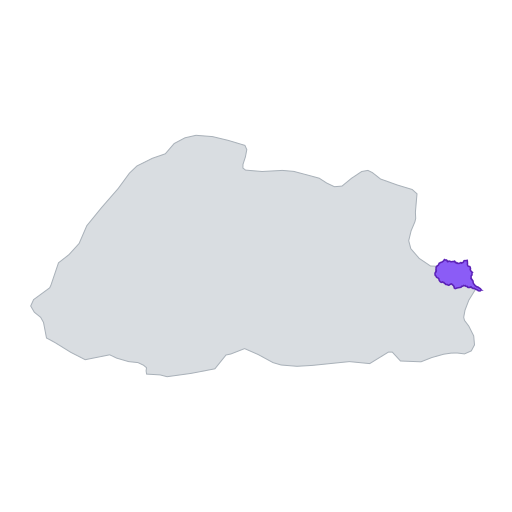 Sakteng, Tashigang, Bhutan shown in context
{"feature_id": "84629894B26708825657570", "entity_name": "Sakteng", "entity_type": "district", "adm_level": 2, "iso_a3": "BTN", "parent_name": "Bhutan", "parent_adm1": "Tashigang", "projection": "mercator", "projection_center": [91.93, 27.381], "detail": "fine", "context": "in_parent", "style": "filled", "palette": "violet", "viewbox_px": 512, "rotation_deg": 0, "n_neighbors": 0, "source": "geoboundaries", "source_scale": "gbopen_adm2", "svg_char_len": 6371}
<svg xmlns="http://www.w3.org/2000/svg" viewBox="0 0 512 512"><path d="M415.7,218.4L414.9,221.8L411.1,230.8L408.7,240.7L410.8,248.7L419.2,258.4L430.5,266.0L444.9,266.6L458.2,263.7L463.5,264.9L470.7,277.7L475.8,288.8L468.8,300.2L465.0,310.2L463.7,317.3L464.5,320.4L468.8,326.1L473.7,335.9L474.5,344.9L471.3,350.9L464.5,353.9L457.2,353.0L451.2,353.1L443.7,354.2L431.9,357.5L421.0,361.8L400.5,361.0L392.3,352.1L388.4,352.1L369.7,363.6L349.4,361.6L312.4,365.4L297.0,366.3L281.1,365.0L273.0,362.6L258.1,354.5L244.6,348.6L230.8,354.0L226.0,355.0L214.9,368.8L191.0,373.4L167.1,376.7L160.1,374.9L146.6,374.1L146.1,370.9L146.5,367.7L143.5,365.2L138.0,362.6L128.6,361.6L116.6,358.1L109.7,354.8L85.2,359.7L70.9,352.4L54.7,342.4L46.5,338.0L43.5,322.4L40.7,317.4L34.3,312.2L30.7,306.0L33.6,299.6L49.7,287.8L51.0,285.0L58.5,262.8L68.9,254.7L79.1,243.5L86.8,225.7L101.8,207.3L118.2,188.5L129.4,173.2L136.9,166.0L152.3,158.3L165.3,153.8L174.2,143.5L185.0,137.8L196.0,135.3L212.5,136.6L227.9,140.3L244.9,145.4L246.8,149.6L245.4,156.9L243.0,164.3L242.9,168.0L245.5,170.1L262.1,171.5L282.4,170.4L293.8,171.4L319.2,178.2L326.6,183.0L334.4,186.7L342.0,186.1L351.6,178.2L361.7,171.5L367.9,170.4L372.4,172.6L380.5,179.0L397.3,185.0L412.2,189.5L417.0,193.8L415.4,212.2L415.7,218.4Z" fill="#d9dde1" stroke="#a8b0b8" stroke-width="1"/><path d="M481.3,290.0L481.0,289.8L481.0,289.4L480.2,288.5L480.0,288.4L479.9,288.4L479.6,288.2L479.4,288.0L479.0,287.8L478.9,287.8L478.3,287.2L478.2,287.2L477.8,287.0L477.7,286.9L477.3,286.9L477.2,286.8L476.6,286.8L476.3,286.4L476.1,286.4L475.8,286.0L475.7,286.0L475.3,285.7L475.2,285.7L474.9,285.4L474.7,285.0L474.7,284.9L474.5,284.7L474.0,284.1L473.9,284.1L473.5,283.7L473.4,283.4L473.1,282.2L473.1,281.7L473.0,281.2L472.9,280.9L472.8,280.6L472.2,280.0L471.8,279.7L472.0,279.5L471.4,278.7L471.3,278.4L471.0,278.4L471.1,278.0L471.1,277.7L471.1,277.1L471.1,276.3L471.2,275.9L471.3,275.6L471.6,275.4L472.0,275.0L472.0,274.5L472.0,274.1L472.0,273.4L472.0,273.1L472.1,272.7L472.4,272.4L472.2,272.3L471.6,271.6L471.4,271.4L471.2,271.3L471.0,271.1L470.8,270.9L470.7,270.6L470.5,270.3L470.5,270.0L470.2,269.4L470.2,269.1L470.5,268.8L470.5,268.4L470.4,268.1L470.3,267.6L470.2,267.1L469.9,266.8L469.8,266.7L469.7,266.5L469.4,266.4L468.9,266.4L468.5,266.3L468.3,266.3L468.0,265.9L467.7,265.5L467.7,265.4L467.5,265.0L467.5,264.7L467.4,264.3L467.5,264.0L467.5,263.7L467.5,263.3L467.4,262.0L467.4,261.6L467.3,260.7L467.2,260.3L466.9,260.4L466.5,260.5L466.1,260.5L465.9,260.6L464.9,260.6L464.3,260.6L464.2,260.7L463.7,261.1L463.6,261.6L463.5,261.9L463.3,262.2L463.2,262.3L463.0,262.5L462.8,262.5L462.7,262.5L462.4,262.6L462.3,262.8L462.1,262.8L461.7,263.0L461.7,262.9L460.9,262.5L460.6,262.8L460.2,263.0L459.8,263.0L459.5,263.3L459.4,263.4L458.8,263.3L458.6,263.4L458.4,263.5L457.9,263.4L457.7,263.3L457.5,263.1L457.4,263.3L457.1,263.4L456.8,263.2L456.5,263.0L456.4,263.0L456.3,262.7L456.1,262.5L456.0,262.4L455.9,262.6L455.7,262.6L455.4,262.6L455.2,262.4L455.2,262.1L454.5,261.3L454.5,261.1L454.4,261.1L454.3,261.3L454.2,261.4L453.9,261.5L453.6,261.5L453.4,261.6L453.1,261.5L452.9,261.6L452.4,261.5L452.1,261.6L451.7,261.7L451.3,261.7L451.0,261.8L450.8,261.7L450.5,261.5L450.0,261.3L449.6,261.1L449.4,261.2L449.2,261.2L448.9,261.1L448.5,261.2L448.5,261.3L448.2,261.6L447.8,261.8L447.7,261.8L447.5,261.7L447.3,261.5L447.2,261.3L447.2,261.0L447.2,260.7L446.8,260.2L446.4,260.0L446.2,259.9L445.6,260.1L445.4,260.1L445.2,260.0L444.7,259.6L444.4,259.5L444.2,259.8L444.0,260.2L443.8,260.5L443.7,260.8L443.2,261.1L443.0,261.4L442.8,261.5L442.6,261.7L442.3,261.8L442.1,262.0L441.4,262.2L441.2,262.4L440.9,262.4L440.6,262.4L440.3,262.6L440.1,262.8L439.9,262.9L439.7,263.1L439.4,263.1L439.2,263.2L439.1,263.3L439.0,263.7L438.8,264.0L438.7,264.5L438.5,264.8L438.3,265.1L438.1,265.3L437.7,265.5L437.4,265.7L437.0,266.0L436.9,266.1L436.9,266.4L436.8,266.5L436.4,266.7L436.3,266.8L436.3,267.1L436.2,267.2L436.2,267.4L436.0,267.7L436.1,268.3L436.1,268.8L436.0,269.0L436.0,269.3L435.9,269.7L436.0,269.9L436.2,270.1L436.3,270.2L436.2,270.5L435.9,270.8L435.9,271.0L436.2,271.2L436.2,271.3L436.2,271.5L435.9,271.9L435.8,272.0L435.7,272.0L435.7,272.3L435.3,272.5L435.1,272.9L435.0,273.2L435.0,274.3L435.1,274.6L435.1,274.9L435.2,275.2L435.2,275.4L435.4,275.6L435.6,275.7L435.9,276.0L436.0,276.2L436.3,276.6L436.4,277.0L436.5,277.2L436.9,277.5L437.2,277.6L437.6,277.8L437.8,277.9L438.1,278.1L438.5,278.4L438.8,278.7L438.9,278.9L439.0,279.5L439.0,279.8L439.5,280.8L439.8,281.1L439.9,281.3L440.2,281.7L440.4,281.8L440.8,282.1L441.1,282.3L441.2,282.2L441.3,282.2L441.5,282.3L442.0,282.3L442.1,282.2L442.4,281.9L442.6,282.0L443.1,282.2L443.3,282.4L443.7,282.4L444.0,282.5L444.1,282.9L444.3,283.1L444.4,283.4L445.0,283.6L445.3,283.7L445.3,283.9L445.7,284.2L445.7,284.4L445.8,284.5L446.5,284.6L447.0,284.5L447.3,284.5L447.6,284.9L448.7,285.3L448.8,285.3L449.1,285.2L449.3,284.9L449.4,284.7L449.7,284.5L450.2,284.4L450.6,284.4L450.8,284.1L450.9,283.9L451.1,283.8L451.4,283.8L452.0,284.3L452.2,284.5L452.6,284.6L452.7,284.8L452.9,285.3L453.0,285.4L453.4,285.6L453.6,285.8L453.8,286.1L453.8,286.3L454.0,286.4L454.1,286.7L454.1,286.8L454.3,287.1L454.2,287.3L454.1,287.8L454.5,288.1L454.7,288.3L454.9,288.5L455.2,288.6L455.4,288.6L455.6,288.6L456.0,288.4L456.5,288.1L456.8,288.1L457.3,287.9L457.7,287.9L458.0,287.8L458.6,287.7L459.0,287.6L459.3,287.6L460.0,287.5L460.8,287.3L461.0,287.3L461.2,287.1L461.3,286.8L461.4,286.7L461.6,286.3L461.8,286.3L462.1,286.3L462.4,286.3L462.6,286.3L462.7,286.2L463.0,286.1L463.4,285.5L463.7,285.4L464.1,285.6L464.6,285.8L464.9,285.8L465.2,285.7L465.2,285.8L465.3,285.9L465.5,286.1L465.8,286.3L466.0,286.4L466.4,286.4L466.8,286.3L467.0,286.3L467.4,286.5L467.4,286.8L467.5,286.9L467.6,287.2L467.6,287.3L467.8,287.4L468.0,287.4L468.2,287.5L468.4,287.5L468.6,287.4L468.9,287.4L469.0,287.5L469.4,287.5L469.5,287.4L469.8,287.4L470.0,287.4L470.2,287.2L470.3,287.0L470.5,287.0L470.6,286.9L471.0,286.9L471.0,287.0L471.1,287.4L471.3,287.5L471.6,287.6L471.8,287.8L472.1,287.8L472.3,288.0L472.6,288.2L472.8,288.2L472.9,288.4L473.0,288.5L473.6,288.5L473.8,288.5L474.2,288.3L474.3,288.3L474.6,288.5L474.9,288.9L475.2,289.0L475.6,289.1L475.8,289.2L476.1,289.5L476.8,289.7L477.0,289.7L477.1,289.9L477.2,290.0L477.8,290.2L478.0,290.5L478.3,290.8L478.5,290.8L478.6,290.7L479.3,290.9L480.2,290.9L480.7,290.5L481.1,290.0L481.3,290.0Z" fill="#8b5cf6" stroke="#5b21b6" stroke-width="1.5"/></svg>